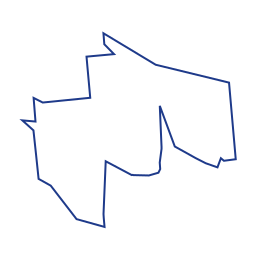 the district of Komo/Magarima District, Southern Highlands, Papua New Guinea, rotated 175°
{"feature_id": "67681753B72976764448166", "entity_name": "Komo/Magarima District", "entity_type": "district", "adm_level": 2, "iso_a3": "PNG", "parent_name": "Papua New Guinea", "parent_adm1": "Southern Highlands", "projection": "robinson", "projection_center": [143.048, -6.045], "detail": "fine", "context": "isolated", "style": "outline", "palette": "blue", "viewbox_px": 256, "rotation_deg": 175, "n_neighbors": 0, "source": "geoboundaries", "source_scale": "gbopen_adm2", "svg_char_len": 610}
<svg xmlns="http://www.w3.org/2000/svg" viewBox="0 0 256 256"><g transform="rotate(175 128 128)"><path d="M160.0,31.5L160.0,40.4L159.9,44.4L153.1,96.8L128.4,80.8L127.3,80.9L126.7,80.6L111.3,78.9L101.6,80.8L99.5,84.3L99.4,90.8L96.4,104.3L96.2,106.6L96.2,107.0L94.4,147.3L83.0,105.5L63.2,92.1L53.6,86.1L42.3,81.0L38.1,89.8L35.3,87.0L23.4,87.5L23.4,164.4L94.9,188.6L144.2,224.5L144.3,213.5L135.5,202.8L163.1,202.7L163.1,194.3L163.0,161.4L210.7,160.8L219.4,166.2L219.6,142.5L232.6,144.8L222.4,133.9L221.9,108.6L221.5,85.1L210.0,77.3L187.2,41.7L160.0,31.5Z" fill="none" stroke="#1e3a8a" stroke-width="2"/></g></svg>